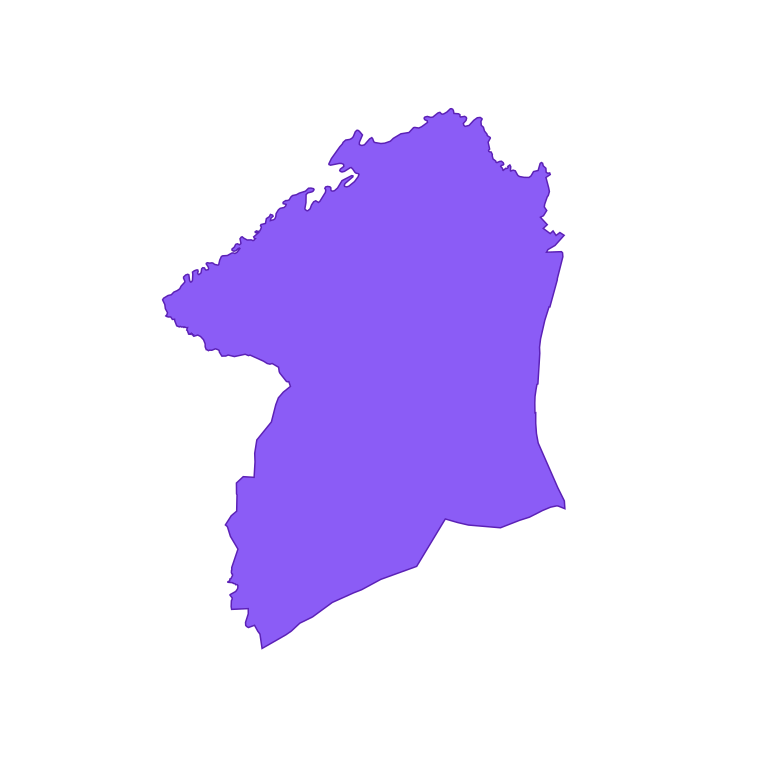 Ozolmuižas pag., Rezeknes, Latvia (Robinson projection), rotated 320°
{"feature_id": "27541924B76614576139352", "entity_name": "Ozolmuižas pag.", "entity_type": "district", "adm_level": 2, "iso_a3": "LVA", "parent_name": "Latvia", "parent_adm1": "Rezeknes", "projection": "robinson", "projection_center": [27.259, 56.496], "detail": "fine", "context": "isolated", "style": "filled", "palette": "violet", "viewbox_px": 768, "rotation_deg": 320, "n_neighbors": 0, "source": "geoboundaries", "source_scale": "gbopen_adm2", "svg_char_len": 6171}
<svg xmlns="http://www.w3.org/2000/svg" viewBox="0 0 768 768"><g transform="rotate(320 384 384)"><path d="M602.8,401.5L605.1,398.3L605.0,396.7L593.2,387.5L596.0,386.4L604.1,387.8L617.6,385.9L616.1,381.0L611.3,380.8L611.9,375.4L608.0,375.6L606.0,367.2L611.5,366.9L611.0,356.8L614.3,357.6L620.2,355.7L620.6,351.4L622.6,349.6L629.3,345.6L631.0,345.2L634.4,342.9L636.3,339.5L640.8,329.9L646.0,330.4L646.6,328.8L644.8,327.8L644.4,325.9L646.7,322.8L646.2,319.3L647.4,316.8L646.9,315.5L645.4,315.4L639.3,319.5L635.1,317.4L630.4,319.1L627.9,319.0L624.2,315.8L621.3,312.3L620.7,310.8L620.7,309.6L621.6,305.1L620.4,303.2L618.0,302.3L617.9,301.9L620.8,299.0L621.2,297.1L618.7,296.9L618.6,297.7L617.5,298.1L616.4,297.7L616.0,297.0L612.6,297.0L612.5,296.6L613.1,295.8L613.4,294.0L613.2,292.4L614.3,292.0L616.2,292.8L617.0,292.6L617.6,291.2L617.2,288.9L615.8,287.9L612.8,287.0L612.4,286.2L612.9,285.0L612.2,281.7L613.5,278.9L614.6,277.7L615.2,275.1L614.2,274.2L613.8,273.1L614.3,272.2L615.9,272.0L619.2,265.7L623.5,264.0L623.8,263.4L622.8,260.1L623.5,258.8L623.6,254.8L625.2,251.2L624.8,248.4L627.0,245.2L629.5,244.1L629.6,243.5L629.0,241.6L626.6,240.0L622.3,239.7L615.4,240.6L611.7,238.8L611.4,237.1L612.3,235.4L616.3,234.8L618.1,233.5L618.4,232.6L617.8,230.8L614.3,228.7L614.1,228.1L615.3,226.4L614.7,224.8L611.5,221.7L613.0,219.0L613.2,217.6L612.6,216.4L611.7,215.8L606.9,216.1L603.4,215.5L602.0,214.7L601.6,213.7L601.5,211.9L600.8,211.5L599.4,211.0L592.9,210.9L591.2,209.8L589.2,206.9L587.0,205.8L586.0,205.9L585.3,206.6L585.2,208.0L586.3,210.2L585.4,211.6L578.2,211.1L575.2,210.3L572.5,207.2L571.4,206.6L564.8,207.4L557.8,203.2L549.1,201.8L544.9,202.1L539.4,200.0L536.2,197.8L532.2,193.1L531.9,191.9L533.0,188.8L533.0,187.4L530.6,187.0L522.8,188.2L520.4,187.1L519.4,185.7L519.2,184.4L520.7,182.9L527.6,179.4L527.6,174.6L527.1,172.9L526.3,172.2L524.2,172.3L519.4,174.8L517.2,175.1L515.1,174.7L511.5,172.5L508.1,172.6L506.2,173.4L502.5,173.9L488.6,177.5L483.3,179.9L482.9,180.5L483.7,182.0L491.4,186.2L493.1,187.6L494.0,189.2L494.0,190.2L493.0,191.5L488.8,191.3L487.4,191.9L487.2,193.0L488.1,194.6L490.4,195.7L497.1,196.6L498.0,197.1L498.2,199.4L497.8,203.3L498.1,204.5L499.7,206.6L499.6,207.3L497.4,208.6L491.5,210.0L484.4,209.9L482.2,209.1L480.8,207.3L481.4,206.2L483.0,205.4L493.4,205.3L494.0,204.5L493.2,203.6L482.6,201.2L474.4,204.0L470.3,204.1L468.7,203.3L467.9,202.2L468.0,201.3L469.4,199.5L469.3,198.1L467.7,196.3L465.9,195.5L464.4,196.1L464.2,197.8L462.4,199.5L452.4,202.8L450.5,202.8L449.5,199.8L447.3,199.2L443.7,200.2L440.0,202.3L437.0,202.3L436.3,201.7L435.8,199.9L436.1,198.8L440.8,194.9L446.1,188.8L448.4,188.6L452.3,190.5L453.7,190.7L455.3,190.2L455.6,189.1L454.0,187.0L452.0,185.5L447.8,185.8L441.7,183.3L438.6,182.7L435.0,180.8L432.8,180.9L429.8,182.0L428.0,181.4L426.6,180.3L423.9,179.9L423.1,180.3L422.7,181.1L424.5,183.5L423.2,184.4L421.0,184.6L417.4,182.7L415.1,182.7L410.9,184.1L408.6,186.3L406.5,187.3L405.0,187.2L402.0,185.8L404.0,184.3L406.9,184.2L407.2,183.0L406.0,181.1L403.8,182.1L400.2,181.7L396.4,184.8L392.3,182.8L391.1,183.4L391.1,184.4L390.5,185.4L387.5,186.9L385.8,186.4L384.7,184.7L383.1,184.6L382.8,185.3L383.1,185.7L383.8,186.3L385.4,186.5L385.5,187.4L378.7,187.5L378.3,189.4L378.8,189.9L376.5,190.3L375.7,189.8L375.0,188.3L371.8,185.8L370.4,182.3L370.0,180.1L369.1,179.7L367.0,180.2L364.9,184.2L364.3,184.5L362.8,184.4L361.8,182.3L360.1,181.7L357.4,182.9L354.3,182.9L353.6,183.7L354.0,185.2L354.5,185.9L356.3,186.7L359.4,186.5L360.7,187.0L360.7,187.6L356.1,188.7L353.7,188.2L352.8,186.7L351.7,185.9L346.6,184.9L342.8,182.1L341.4,181.8L337.8,183.5L334.1,186.3L333.2,186.2L331.1,183.5L330.8,181.7L330.1,180.6L328.1,179.3L326.7,177.6L325.7,177.3L325.0,177.7L324.6,181.2L323.9,182.8L322.9,183.4L320.9,182.4L320.7,181.3L321.1,179.7L319.9,178.4L318.4,178.5L315.4,181.2L312.7,181.3L312.2,180.8L312.5,179.2L314.1,178.2L314.6,176.9L313.7,176.1L311.4,175.3L309.2,175.2L308.0,177.1L303.9,181.5L302.2,182.0L301.3,181.5L301.6,179.8L304.7,174.9L304.2,173.8L302.2,173.0L299.3,173.2L298.5,174.0L297.6,177.1L296.9,177.9L291.5,178.6L288.7,179.8L285.5,179.5L282.1,178.5L278.4,178.9L275.5,177.4L270.3,176.6L268.5,177.2L267.2,182.2L264.9,185.8L264.0,190.2L262.2,191.4L260.6,191.6L260.8,192.5L261.4,192.9L261.6,193.8L263.7,195.5L263.4,198.5L265.2,199.8L264.4,200.9L262.6,206.2L263.9,208.7L264.9,208.9L265.6,210.3L266.9,211.1L267.1,212.1L267.9,212.1L269.0,214.1L269.7,214.5L267.5,215.9L267.7,216.8L266.8,219.0L267.0,219.5L266.4,220.2L267.1,221.0L268.6,221.2L268.1,221.7L269.3,222.3L268.8,223.1L269.6,223.9L268.9,224.3L269.0,225.2L272.8,226.8L274.0,229.7L274.2,234.1L272.8,238.3L270.9,240.6L269.9,243.5L270.5,244.0L270.9,245.6L272.1,245.9L273.8,247.5L277.5,248.7L278.7,250.7L279.3,252.3L278.4,253.7L277.7,258.4L280.8,260.9L283.2,261.6L287.0,266.8L296.8,272.0L298.4,275.1L300.0,275.8L306.4,289.1L307.7,293.2L309.4,295.5L311.5,296.4L314.0,303.4L311.6,307.3L311.2,308.9L310.9,319.1L311.3,320.1L312.6,321.0L310.8,325.7L301.6,325.5L294.2,326.7L287.8,330.3L273.3,340.7L250.6,345.1L240.4,354.0L235.1,360.8L224.5,372.0L216.6,364.5L207.3,365.0L200.4,373.4L200.1,374.5L189.4,386.7L182.4,386.7L171.9,390.0L172.3,392.2L172.1,393.2L168.4,402.0L166.0,416.6L149.4,426.7L147.8,428.7L147.4,428.7L145.9,430.3L145.4,431.7L145.7,432.2L144.9,433.3L141.6,434.7L140.7,434.3L139.2,435.6L137.4,435.1L137.0,435.4L137.2,435.8L140.4,439.0L140.3,439.7L141.6,441.6L141.4,442.5L142.5,443.2L142.6,444.3L141.0,446.2L139.8,446.9L137.0,447.6L130.7,446.4L130.3,446.8L130.2,450.3L129.2,451.3L127.8,451.9L123.8,456.3L122.4,458.7L135.6,468.8L132.3,472.8L124.7,477.6L122.9,480.0L122.9,481.4L123.6,483.4L129.7,485.6L128.4,492.3L128.2,495.9L120.6,508.2L147.8,513.1L154.3,513.7L165.8,513.1L179.6,516.5L204.0,518.1L226.6,524.5L234.6,527.2L256.0,531.6L291.8,544.7L344.2,526.8L351.4,537.5L358.0,546.3L380.8,569.0L400.3,575.6L409.8,579.5L424.1,582.8L432.4,585.4L438.0,588.4L439.0,589.5L442.4,595.8L447.0,589.5L450.5,575.1L464.2,528.3L468.9,520.0L474.9,511.7L481.8,503.5L481.1,503.1L487.3,495.5L491.6,490.7L496.4,486.4L500.9,482.6L501.9,482.9L523.1,460.6L526.7,455.9L532.9,450.1L548.1,438.6L560.0,431.0L560.6,431.6L583.7,415.6L584.5,414.7L602.8,401.5Z" fill="#8b5cf6" stroke="#5b21b6" stroke-width="1.5"/></g></svg>